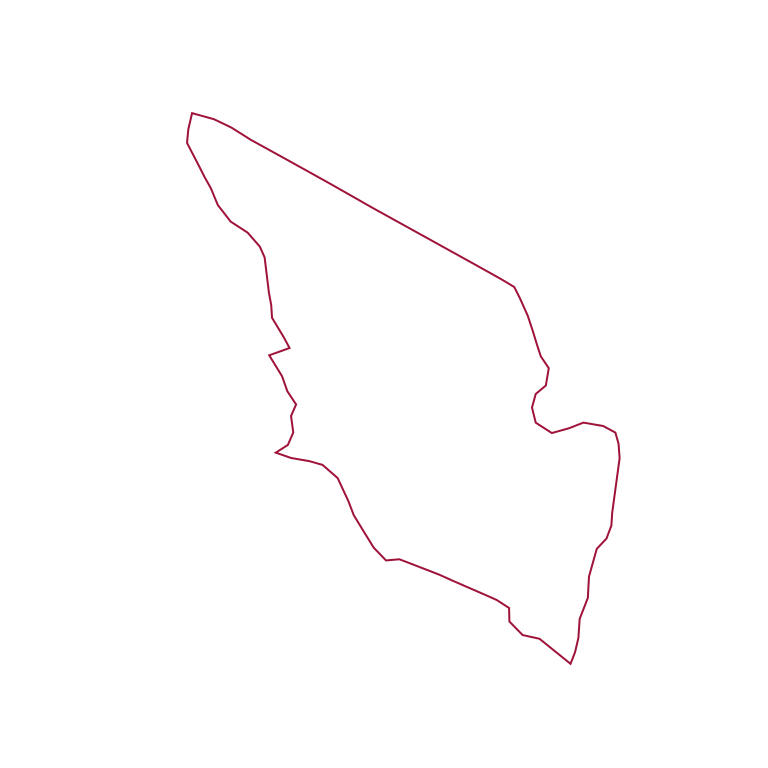 Chã Grande, Pernambuco, Brazil (Natural Earth projection), rotated 121°
{"feature_id": "56859067B3867057012791", "entity_name": "Chã Grande", "entity_type": "district", "adm_level": 2, "iso_a3": "BRA", "parent_name": "Brazil", "parent_adm1": "Pernambuco", "projection": "natural_earth1", "projection_center": [-35.47, -8.238], "detail": "fine", "context": "isolated", "style": "outline", "palette": "rose", "viewbox_px": 768, "rotation_deg": 121, "n_neighbors": 0, "source": "geoboundaries", "source_scale": "gbopen_adm2", "svg_char_len": 1145}
<svg xmlns="http://www.w3.org/2000/svg" viewBox="0 0 768 768"><g transform="rotate(121 384 384)"><path d="M418.5,497.2L429.9,475.3L440.0,463.1L446.8,448.8L459.3,447.2L472.3,436.8L485.7,435.0L498.6,441.4L495.3,425.6L488.5,408.0L485.0,395.0L488.5,375.3L502.6,354.4L512.0,342.4L520.1,326.9L529.6,308.5L534.2,291.4L526.3,280.5L519.0,238.6L517.3,224.1L515.5,210.3L513.1,192.2L511.1,176.4L511.6,161.4L523.0,154.2L527.8,135.9L522.3,119.5L524.5,103.7L527.8,80.0L515.5,82.1L501.5,86.6L484.6,95.3L462.4,99.1L443.5,109.1L415.8,116.7L401.8,113.7L388.2,116.2L376.8,122.1L326.3,143.8L314.4,152.2L306.5,160.6L307.1,174.4L314.4,193.2L326.7,202.7L339.6,214.9L339.0,234.0L328.0,245.0L314.4,248.8L301.9,244.5L285.6,250.9L279.5,263.9L270.9,273.8L262.6,283.0L251.4,296.0L240.4,311.8L233.8,322.3L233.8,337.8L234.9,372.0L238.9,484.0L240.0,530.4L241.5,575.5L243.3,624.0L242.8,646.9L244.6,666.1L250.7,688.0L266.5,682.9L278.8,677.0L292.9,654.1L299.0,644.4L305.4,633.2L316.2,618.6L323.8,599.0L324.5,578.8L330.2,561.2L337.0,551.5L353.3,538.8L365.1,529.6L374.6,521.2L384.9,514.1L395.6,493.9L401.8,483.5L418.5,497.2Z" fill="none" stroke="#9f1239" stroke-width="2"/></g></svg>